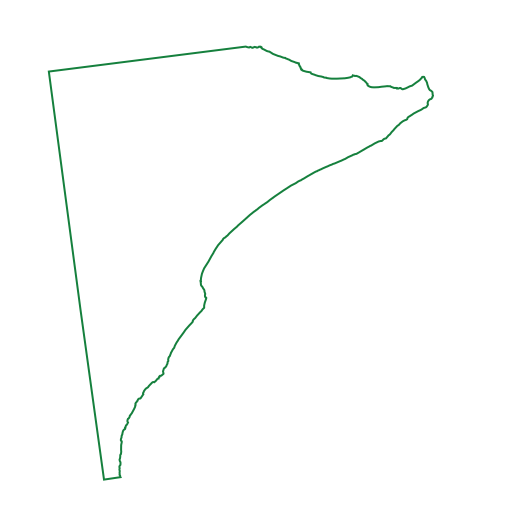 Rawson, Chubut, Argentina, rotated 355°
{"feature_id": "61730980B86456825396626", "entity_name": "Rawson", "entity_type": "district", "adm_level": 2, "iso_a3": "ARG", "parent_name": "Argentina", "parent_adm1": "Chubut", "projection": "orthographic", "projection_center": [-64.868, -43.298], "detail": "fine", "context": "isolated", "style": "outline", "palette": "green", "viewbox_px": 512, "rotation_deg": 355, "n_neighbors": 0, "source": "geoboundaries", "source_scale": "gbopen_adm2", "svg_char_len": 5931}
<svg xmlns="http://www.w3.org/2000/svg" viewBox="0 0 512 512"><g transform="rotate(355 256 256)"><path d="M85.1,465.5L101.7,464.5L101.5,464.0L101.5,463.2L101.4,462.7L101.0,462.1L101.2,461.3L101.2,460.0L101.5,458.5L101.5,457.9L101.3,457.2L101.4,456.3L101.7,455.6L101.5,454.2L101.8,453.3L102.7,452.3L102.9,451.2L103.0,449.6L102.5,448.5L102.3,447.1L102.7,446.1L102.9,445.7L103.1,444.9L103.3,443.7L103.4,442.7L103.7,441.9L104.2,441.5L104.7,439.2L104.7,437.4L105.2,432.6L106.0,429.9L106.1,428.9L105.7,428.6L105.4,428.1L105.3,427.6L105.5,426.7L105.7,426.1L106.2,425.1L106.4,423.9L106.5,423.4L107.3,422.0L107.5,421.0L108.2,418.9L109.2,417.5L110.3,417.1L110.7,416.5L110.5,416.1L110.5,415.6L111.0,415.1L111.3,414.9L111.3,414.4L111.7,413.5L112.0,413.2L112.7,412.8L114.0,410.7L113.7,410.2L113.5,409.4L113.6,408.7L113.8,408.0L114.3,407.0L114.9,406.8L115.3,406.4L115.5,406.0L116.2,405.1L116.3,404.3L116.5,403.9L117.1,403.5L117.7,402.7L118.5,401.9L121.2,397.8L122.2,396.1L122.6,395.2L122.6,394.6L123.1,393.9L122.9,392.9L123.1,392.5L123.5,391.7L124.0,391.4L124.5,390.8L124.6,390.5L125.4,389.9L125.7,389.1L126.1,388.5L126.5,388.2L127.3,387.8L128.2,387.9L128.7,387.6L131.6,384.0L131.7,383.9L131.5,383.2L131.5,382.8L132.2,381.8L132.5,381.0L133.8,379.4L134.9,378.4L136.9,377.4L138.1,376.0L141.3,373.2L142.1,372.7L142.8,372.6L143.6,372.9L145.3,371.7L146.9,370.0L147.7,369.6L148.1,369.6L148.1,369.3L148.5,369.0L148.5,368.7L148.7,368.4L148.8,368.2L149.0,368.0L149.3,368.1L149.4,367.9L149.3,367.5L149.9,367.0L151.1,367.0L151.8,366.6L152.0,366.4L153.5,365.4L153.6,365.2L153.5,364.1L153.3,362.8L154.0,361.2L154.2,360.5L154.8,359.7L155.4,359.3L155.7,359.3L155.9,359.1L156.9,358.1L157.9,356.2L158.4,355.6L158.7,353.9L159.5,352.9L159.5,351.3L159.7,350.7L160.0,350.1L160.0,349.8L160.5,349.0L161.3,348.3L161.5,348.0L162.2,346.5L162.7,345.6L162.8,345.1L163.6,344.0L165.1,341.7L166.5,340.3L167.3,338.4L169.4,335.2L170.8,333.5L171.6,332.3L177.1,326.1L179.4,323.3L183.6,319.3L185.3,317.8L185.6,317.6L187.0,316.2L187.3,315.9L187.4,315.0L187.8,314.4L188.4,313.7L190.0,312.5L192.1,310.2L195.5,307.1L196.8,306.1L198.1,304.5L199.8,303.1L199.9,302.6L200.0,301.0L200.4,299.6L201.0,297.8L202.5,294.5L202.8,293.5L202.8,293.3L202.6,293.0L202.1,292.9L201.9,292.5L201.7,292.0L201.7,290.8L201.9,289.9L202.1,289.5L202.1,289.2L201.6,287.1L201.6,286.0L201.4,285.0L200.6,283.8L199.9,282.1L198.8,280.6L198.6,279.1L198.7,278.4L198.6,277.0L198.7,276.6L199.0,276.5L199.0,276.4L198.5,276.1L198.5,275.7L199.0,275.1L199.3,273.2L200.6,269.0L201.9,266.3L203.3,263.7L208.1,257.5L211.7,252.1L213.8,249.3L214.4,248.2L216.5,245.3L219.3,241.8L224.3,237.0L224.8,236.1L225.7,235.4L227.2,234.7L228.2,233.8L229.3,233.2L231.4,231.2L236.3,227.4L239.6,225.1L240.8,224.0L246.7,219.7L253.6,214.5L256.2,212.8L256.7,212.4L257.6,211.9L257.8,211.7L259.8,210.6L260.2,210.2L261.3,209.7L263.0,208.4L266.6,206.2L272.1,203.2L274.7,201.4L280.2,198.1L289.1,193.1L291.4,191.9L297.0,188.9L302.0,186.9L304.6,185.4L306.4,184.7L307.1,184.6L308.7,183.7L310.2,183.1L314.4,181.0L321.8,177.6L323.6,176.9L324.1,176.9L325.2,176.3L326.6,175.9L326.9,175.7L328.3,175.3L330.0,174.6L334.4,173.1L334.7,173.1L337.3,172.1L339.6,171.5L340.7,171.0L342.3,170.7L348.1,168.8L349.2,168.5L352.1,167.4L353.2,167.1L356.3,165.6L360.9,164.0L361.9,163.5L362.6,163.5L363.2,163.2L365.0,163.0L376.6,157.5L377.9,157.0L379.5,156.2L380.2,156.1L384.0,154.2L388.2,152.6L390.3,152.3L391.2,152.4L391.8,152.1L393.3,150.8L394.2,150.4L395.9,150.1L396.5,149.4L397.8,148.2L398.5,147.4L399.6,146.8L400.3,146.2L401.9,144.4L403.9,142.7L404.9,141.6L408.0,138.8L409.9,137.7L411.2,136.4L413.8,134.7L415.9,133.8L417.3,133.5L418.5,132.9L419.1,131.5L419.5,131.1L420.1,130.7L422.0,129.8L422.3,129.5L423.0,129.3L425.5,127.8L430.2,125.8L432.8,124.9L434.4,124.1L435.8,123.2L437.8,122.8L438.4,122.6L439.2,121.9L440.4,120.3L440.5,119.6L440.3,118.9L440.4,118.1L440.8,117.1L441.3,116.4L441.8,115.8L442.9,115.1L444.4,114.7L445.1,113.8L445.5,113.5L445.6,112.8L446.0,112.0L446.3,111.8L446.3,111.6L446.0,110.3L446.1,109.0L446.0,108.0L445.0,106.8L443.7,105.9L443.1,105.0L442.4,103.1L441.6,99.7L441.5,98.4L440.8,96.4L439.8,94.8L439.6,93.6L439.1,92.3L438.9,92.2L438.5,92.1L437.3,92.1L437.0,92.3L436.5,93.2L435.7,93.7L435.3,94.2L434.2,95.1L432.8,96.0L430.5,97.3L426.3,99.9L423.9,100.4L422.0,101.2L419.6,102.1L416.8,102.7L416.3,102.6L415.4,102.0L414.9,101.4L414.5,101.2L413.7,101.2L412.5,101.6L410.8,101.4L410.7,101.2L410.8,101.1L411.3,101.0L411.2,100.9L408.0,100.6L407.6,100.3L405.2,99.2L404.7,98.6L403.5,98.5L403.0,98.4L402.1,98.4L401.7,98.2L399.3,98.3L396.1,98.3L392.6,98.5L388.6,98.3L386.2,98.0L384.6,97.5L383.2,96.7L382.2,95.9L381.9,95.1L382.2,94.5L381.6,94.0L381.0,92.9L379.7,91.4L379.5,91.0L377.6,89.5L377.1,88.8L375.6,87.8L375.2,87.3L374.6,86.7L373.8,86.4L373.2,86.0L371.6,85.3L370.2,85.3L369.5,84.9L368.9,84.8L368.2,84.5L367.9,85.2L367.6,85.4L367.5,85.6L366.8,85.7L365.6,86.2L363.1,86.5L359.9,86.7L352.3,86.4L347.3,86.0L344.9,85.6L342.1,84.9L341.6,84.7L341.3,84.4L340.6,84.4L339.8,84.2L338.9,83.9L338.5,83.5L337.4,83.2L337.1,83.0L333.6,82.1L333.2,81.9L331.0,81.0L330.1,80.5L328.6,79.9L327.1,79.2L326.3,78.1L326.3,77.8L322.3,76.8L318.9,75.5L317.5,74.5L317.2,74.1L317.2,73.4L317.3,73.4L316.9,72.9L316.9,72.0L316.6,71.8L316.4,71.1L316.0,70.6L316.0,70.0L315.8,69.7L315.3,68.9L315.3,68.7L315.5,68.5L315.5,68.2L315.5,67.8L313.8,67.2L312.9,66.9L312.8,67.0L311.2,66.1L308.2,64.8L306.1,63.3L304.8,62.7L304.5,62.5L302.8,61.7L302.4,61.2L302.1,61.2L301.7,61.1L300.3,60.7L297.5,59.3L295.4,58.6L290.6,56.2L289.6,55.5L289.2,55.0L288.1,54.4L287.7,53.9L287.0,53.5L286.3,53.4L284.6,52.7L281.7,50.8L280.5,50.2L279.7,49.4L279.7,49.1L279.8,48.7L279.5,48.5L279.3,48.2L278.8,48.3L278.3,48.0L278.3,47.8L277.3,47.7L276.8,48.1L276.0,48.4L275.4,48.4L275.2,48.5L274.5,48.3L274.1,47.9L273.3,47.8L272.9,47.6L271.9,47.9L271.3,48.0L270.9,48.3L270.1,48.1L268.6,47.2L268.4,47.2L267.3,47.7L265.6,47.2L264.1,46.5L263.7,46.5L65.7,54.2L76.5,294.5L85.1,465.5Z" fill="none" stroke="#15803d" stroke-width="2"/></g></svg>